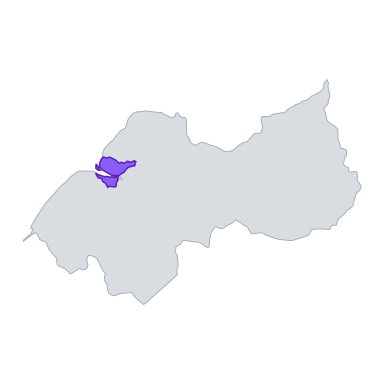 Guyana, with Essequibo Islands-West Demerara highlighted, rotated 270°
{"feature_id": "GUY-678", "entity_name": "Essequibo Islands-West Demerara", "entity_type": "Region", "adm_level": 1, "iso_a3": "GUY", "parent_name": "Guyana", "parent_adm1": "", "projection": "mercator", "projection_center": [-58.442, 6.542], "detail": "fine", "context": "in_parent", "style": "filled", "palette": "violet", "viewbox_px": 384, "rotation_deg": 270, "n_neighbors": 0, "source": "natural_earth", "source_scale": "10m", "svg_char_len": 5418}
<svg xmlns="http://www.w3.org/2000/svg" viewBox="0 0 384 384"><g transform="rotate(270 192 192)"><path d="M109.3,177.4L99.6,166.6L89.9,155.7L80.3,145.0L79.6,143.5L83.6,138.4L87.2,134.8L90.2,132.7L91.6,130.9L90.6,123.0L90.6,120.2L89.2,117.1L88.2,113.6L89.4,110.7L90.9,108.7L92.7,108.0L97.2,107.3L100.4,107.0L101.5,105.8L103.3,104.5L105.7,104.4L110.4,105.3L112.6,103.6L116.5,101.2L125.2,97.2L127.2,94.5L128.6,90.4L128.4,88.5L127.5,87.7L125.4,87.0L122.0,87.0L119.4,88.0L116.6,87.4L114.3,84.9L114.2,82.8L115.5,79.8L114.8,77.9L110.4,71.6L110.4,69.9L113.6,67.1L115.4,64.7L117.8,59.0L119.8,57.1L125.9,56.4L127.4,55.2L130.5,52.2L135.2,48.7L141.8,46.0L143.7,41.0L144.9,39.6L150.2,37.0L151.2,35.5L151.0,34.3L142.5,23.0L144.2,23.8L150.8,31.2L154.5,32.8L155.2,32.8L155.3,30.9L158.6,31.7L167.3,36.7L179.9,45.0L197.7,60.7L202.8,66.6L206.2,69.4L211.5,76.3L213.0,79.6L212.9,92.9L208.2,101.9L207.1,108.6L206.8,117.6L204.1,122.7L207.7,119.9L208.8,111.8L211.9,106.9L215.9,101.5L221.2,100.2L227.0,102.5L231.6,102.9L235.7,104.5L244.4,113.2L252.9,120.0L256.0,125.5L264.9,128.2L270.3,132.5L272.0,136.2L273.0,146.0L271.3,160.8L271.8,161.5L269.3,164.4L268.9,166.3L267.3,169.5L266.1,171.3L267.9,175.4L269.9,175.6L270.7,176.1L271.2,176.9L271.1,177.7L270.3,178.5L268.4,179.5L266.5,181.9L266.7,184.5L265.5,185.8L261.8,186.5L254.5,186.5L251.0,186.7L248.1,187.1L246.3,188.8L243.9,190.0L242.0,190.3L240.3,192.2L238.7,195.0L239.3,196.9L240.9,199.4L241.9,202.0L240.6,206.2L239.2,209.4L238.3,211.9L237.2,216.6L234.4,221.8L232.4,224.8L232.4,228.0L233.4,232.6L239.1,239.2L241.0,242.4L242.6,247.5L247.7,251.6L250.9,254.8L250.6,259.1L251.1,260.4L253.1,261.5L255.5,262.4L258.2,262.3L260.6,261.9L261.2,261.3L266.8,261.2L267.4,262.3L267.7,268.5L268.0,271.0L269.3,272.0L270.1,273.5L270.1,274.9L270.4,278.4L271.2,280.2L271.1,283.9L271.6,285.3L273.2,286.2L275.1,288.8L275.9,289.2L276.2,290.1L277.9,293.9L278.8,295.0L279.4,295.2L279.6,296.5L280.8,300.0L281.6,300.9L283.2,303.4L283.8,306.3L285.9,309.4L288.0,311.7L288.9,314.0L291.6,319.1L294.2,322.7L297.8,323.6L300.7,324.1L302.6,325.5L304.4,327.0L302.4,327.7L300.7,328.6L298.2,327.9L294.9,328.3L291.4,329.3L288.2,329.8L282.1,328.2L280.2,328.0L279.0,327.3L276.4,324.1L275.2,323.7L272.0,325.2L268.1,326.2L266.1,326.0L263.9,327.1L261.8,328.5L257.8,334.7L255.7,336.9L253.5,337.9L249.0,337.9L244.3,338.1L240.7,339.6L237.4,340.4L235.7,340.5L235.1,343.9L234.4,345.4L233.3,346.3L230.7,346.6L228.4,346.5L227.0,345.1L224.3,344.4L222.0,343.9L220.5,343.1L219.3,343.3L218.3,344.7L217.5,345.9L216.8,348.1L213.2,348.8L211.7,350.1L212.6,354.2L212.2,355.9L211.5,357.1L207.2,357.4L203.5,357.3L201.5,358.8L198.9,360.6L197.3,361.0L195.4,360.9L192.9,358.8L190.5,356.2L184.5,354.4L178.5,353.0L174.6,348.9L173.7,346.9L171.8,346.0L167.2,341.2L164.6,338.1L161.8,337.3L158.6,336.0L158.7,333.8L158.5,331.6L157.1,330.7L155.2,330.1L154.5,328.9L154.7,326.1L155.1,318.8L154.5,311.8L150.2,309.4L148.4,307.7L145.1,297.4L143.6,292.7L143.5,289.3L144.6,279.0L145.8,274.5L149.1,265.6L151.0,262.5L151.2,260.3L151.0,257.3L150.0,251.6L155.6,248.0L158.0,246.4L158.4,244.0L161.4,240.9L162.8,238.0L163.9,235.7L163.6,234.5L162.3,233.8L160.7,231.6L157.5,225.3L156.3,224.0L155.3,222.3L155.8,219.5L157.1,216.4L156.9,215.2L155.0,213.5L150.9,210.8L147.6,210.6L145.0,209.6L141.3,209.5L138.2,209.2L136.5,208.2L136.9,206.5L137.6,205.2L140.2,202.0L141.9,198.7L142.1,195.3L142.6,191.0L143.3,187.2L143.7,182.9L139.7,180.1L138.5,177.8L136.8,175.8L135.0,175.8L132.3,174.9L128.0,177.6L124.6,177.1L122.3,178.1L116.9,177.9L113.5,176.6L109.3,177.4Z" fill="#d9dde1" stroke="#a8b0b8" stroke-width="1"/><path d="M208.3,119.4L208.5,113.3L208.9,111.4L213.8,102.9L215.0,101.2L216.7,100.0L218.7,99.5L220.6,99.6L222.4,100.2L225.1,101.6L226.0,102.4L226.2,102.6L226.4,102.7L226.7,103.1L226.9,103.2L227.0,103.3L226.4,105.4L226.3,105.7L226.2,106.2L226.2,106.7L226.2,107.4L226.4,108.2L226.7,109.1L226.8,109.4L226.8,109.8L226.3,111.0L223.8,115.7L223.5,116.3L223.4,116.3L221.8,117.9L221.2,118.6L221.1,118.8L221.0,119.1L221.0,119.5L221.3,120.3L221.6,121.1L221.6,121.3L221.6,121.7L221.5,122.1L221.0,123.1L220.9,123.4L220.9,123.7L220.9,124.0L221.0,124.5L221.2,125.3L221.4,125.6L221.6,125.9L222.1,126.4L222.5,126.9L222.7,127.0L222.7,127.4L222.7,127.8L222.5,128.5L222.2,129.2L221.9,129.7L221.7,129.9L221.7,130.2L221.7,130.5L222.0,131.2L222.3,131.8L222.4,132.0L222.5,132.5L223.0,133.6L223.1,134.1L223.1,134.7L222.3,135.9L221.5,135.3L221.2,135.2L220.7,135.0L218.6,134.9L218.4,134.9L218.2,134.8L218.3,134.4L218.3,134.1L217.5,131.5L217.5,131.2L217.5,130.9L217.5,130.5L217.4,130.1L217.1,129.3L216.5,128.2L214.8,126.2L212.9,125.0L212.4,124.6L211.8,123.9L209.3,119.9L208.3,119.3L208.3,119.4ZM211.1,95.7L210.4,96.2L209.7,97.1L209.2,98.0L208.9,98.9L208.6,100.7L207.5,103.5L207.4,104.5L207.5,107.5L207.4,108.0L207.0,108.5L206.9,109.0L206.9,117.2L206.6,118.2L205.8,117.9L205.6,117.9L205.2,118.0L204.7,118.1L204.2,118.0L201.5,116.5L201.1,116.3L200.5,116.2L198.2,116.1L197.7,116.0L197.4,115.9L197.2,115.6L197.0,115.1L197.2,113.5L197.4,112.5L197.6,109.9L197.5,109.2L196.7,107.8L198.7,106.6L200.1,105.9L200.5,105.6L200.9,105.3L202.2,103.2L202.6,102.8L203.0,102.5L203.9,102.3L204.4,102.2L204.9,102.1L205.2,101.9L205.4,101.5L205.5,101.1L205.9,98.9L206.3,98.3L207.1,97.6L210.2,95.9L211.1,95.7ZM217.6,95.9L219.6,96.2L219.6,96.4L217.0,98.3L214.7,99.0L213.8,100.0L213.7,99.2L213.9,98.2L214.4,97.3L215.1,96.7L215.5,96.1L215.7,95.9L216.1,95.9L217.6,95.9Z" fill="#8b5cf6" stroke="#5b21b6" stroke-width="1.5"/></g></svg>